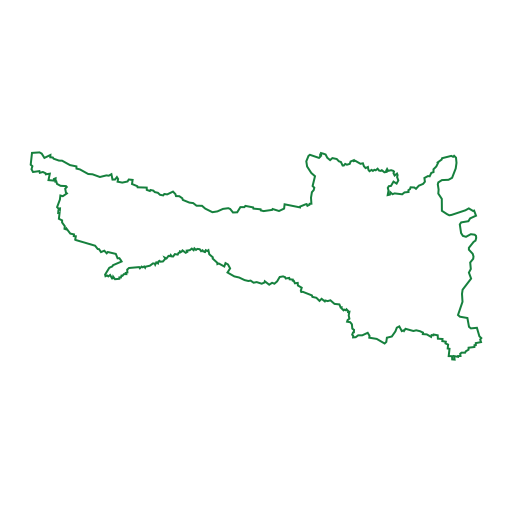 Doem Bang Nang Buat, Suphan Buri, Thailand (Natural Earth projection)
{"feature_id": "78962969B7020307767392", "entity_name": "Doem Bang Nang Buat", "entity_type": "district", "adm_level": 2, "iso_a3": "THA", "parent_name": "Thailand", "parent_adm1": "Suphan Buri", "projection": "natural_earth1", "projection_center": [99.985, 14.865], "detail": "fine", "context": "isolated", "style": "outline", "palette": "green", "viewbox_px": 512, "rotation_deg": 0, "n_neighbors": 0, "source": "geoboundaries", "source_scale": "gbopen_adm2", "svg_char_len": 6048}
<svg xmlns="http://www.w3.org/2000/svg" viewBox="0 0 512 512"><path d="M456.5,162.9L456.0,157.7L454.1,155.8L453.1,156.8L451.3,155.9L442.1,158.2L441.6,159.6L437.7,162.4L438.1,162.8L436.3,166.5L433.5,169.3L433.5,172.1L431.3,172.9L429.7,176.3L427.9,176.1L424.4,178.0L424.9,181.7L423.1,183.9L418.8,185.7L416.0,188.8L414.3,187.5L410.6,187.3L410.0,189.1L408.4,190.2L408.5,192.0L404.5,192.4L402.2,194.3L394.6,193.4L392.5,194.2L390.4,192.3L389.9,194.6L387.7,195.1L388.5,190.6L387.8,187.9L388.8,186.2L391.0,185.9L393.5,181.6L396.6,183.6L398.3,180.4L397.1,177.1L397.6,175.1L397.0,173.6L394.6,175.5L393.5,173.2L394.0,171.6L393.3,170.9L391.1,170.2L388.2,170.9L387.1,169.0L386.2,170.7L386.5,171.9L384.4,172.3L381.8,170.2L380.9,170.9L379.1,170.6L377.6,168.7L375.7,170.3L374.4,169.8L372.9,170.9L371.6,169.9L369.5,171.2L368.4,169.8L367.9,167.0L365.6,168.1L363.9,166.2L362.9,163.3L360.5,163.8L355.3,160.8L353.9,161.1L353.8,160.2L350.6,161.5L349.7,163.9L346.9,164.7L345.2,163.9L343.8,165.5L342.6,165.5L340.9,162.0L338.9,161.3L336.7,159.0L332.4,158.1L330.1,160.1L327.3,157.8L325.6,154.5L323.4,153.7L321.1,153.1L321.1,155.3L320.2,154.9L320.2,156.8L319.0,157.9L309.9,154.8L308.5,155.9L306.3,161.3L307.1,166.5L311.3,173.0L315.0,176.2L312.6,186.0L314.3,187.7L313.7,190.1L311.9,192.2L311.0,197.7L311.4,203.7L309.6,203.8L309.5,204.7L307.4,205.8L306.6,204.1L305.4,204.4L300.0,206.6L300.0,207.4L284.6,204.3L284.1,208.6L279.0,211.0L272.6,209.0L272.1,209.9L263.6,211.1L260.8,210.4L260.6,209.3L253.4,208.6L253.1,207.4L245.4,205.9L244.4,207.1L240.4,207.1L237.2,212.3L233.0,212.5L230.2,209.0L228.3,208.2L223.0,208.9L217.4,211.4L212.4,212.2L205.2,208.6L202.0,205.8L196.5,205.7L193.2,203.1L189.4,202.6L182.8,199.9L182.3,198.3L179.3,196.2L176.0,196.1L175.4,194.1L173.0,191.6L167.2,194.4L164.3,194.0L163.2,195.4L160.0,194.8L157.9,192.8L154.8,192.1L153.3,190.6L150.5,190.0L149.9,191.0L146.8,189.9L146.7,187.6L137.6,187.3L137.3,186.2L132.0,184.0L132.6,179.9L128.8,179.5L127.5,181.5L122.3,182.6L117.6,181.7L118.1,179.0L116.9,177.1L115.1,179.5L112.5,179.6L111.4,174.2L108.8,175.7L106.4,175.4L99.9,177.0L92.5,174.3L88.2,174.0L79.9,169.4L76.5,168.6L76.4,166.4L70.0,165.1L62.1,160.7L59.0,160.6L53.6,158.7L52.8,157.5L50.3,157.3L50.4,155.0L44.4,157.9L41.7,153.6L39.5,152.4L32.0,152.9L30.7,164.7L32.4,166.2L31.5,169.2L33.0,172.0L39.4,171.1L39.8,172.8L42.9,172.0L45.6,173.3L45.8,174.3L49.8,173.7L48.5,180.1L53.9,180.6L53.9,179.0L55.6,178.3L55.5,181.6L56.3,181.4L57.0,183.9L60.5,185.8L66.0,186.1L66.8,187.0L65.2,188.7L65.9,192.4L66.9,193.4L62.8,196.2L60.4,195.5L59.9,199.6L57.1,207.1L58.4,208.6L60.0,208.4L59.9,209.8L58.9,209.1L58.4,210.5L58.2,212.9L59.6,212.6L58.9,218.8L62.1,220.4L62.1,222.5L64.8,226.2L64.5,228.8L66.2,229.4L66.5,228.6L70.3,233.6L74.0,234.4L73.8,236.1L75.8,236.3L75.2,239.7L75.7,240.0L95.1,245.7L97.7,249.0L99.1,249.2L101.0,252.1L104.3,250.7L106.7,253.3L107.8,252.0L115.8,253.9L117.6,258.3L119.4,258.2L120.9,260.3L121.6,261.5L113.0,265.2L112.3,266.4L109.3,267.8L105.1,274.6L105.5,276.2L107.1,275.5L108.3,276.4L110.1,275.0L112.1,278.5L112.9,278.3L113.2,276.7L115.0,279.2L119.3,278.8L119.4,277.4L120.9,277.5L121.5,275.6L122.5,275.8L123.9,274.1L126.2,274.1L125.8,272.9L127.4,272.5L127.2,269.6L129.0,268.0L139.1,267.1L139.9,268.3L141.6,266.6L142.7,267.3L144.2,266.5L145.1,267.7L145.5,266.7L149.9,265.7L153.0,263.4L154.7,263.6L155.2,264.7L156.3,262.4L158.0,263.4L158.3,261.7L159.3,261.3L159.0,260.2L160.2,261.7L162.9,261.5L165.3,258.8L164.7,257.6L166.5,258.5L168.5,255.9L170.0,256.2L170.7,255.0L171.7,256.4L173.1,256.5L174.9,254.1L177.7,254.6L178.6,252.8L180.0,252.5L180.0,251.4L181.5,251.8L182.5,250.4L185.7,252.8L187.3,251.9L186.8,250.6L189.8,250.2L191.8,248.6L193.6,250.2L194.4,248.4L196.0,249.9L197.3,248.9L199.7,249.2L201.1,251.2L202.5,250.3L203.2,251.4L204.6,251.3L204.8,252.8L205.8,250.2L207.3,251.0L208.4,250.2L209.3,254.3L212.8,257.3L212.7,258.6L217.2,262.7L217.4,264.1L218.8,263.5L224.3,266.5L225.5,263.1L228.0,264.5L230.1,268.4L227.5,272.5L234.3,276.4L239.1,277.5L244.6,280.1L248.4,281.0L250.6,280.6L253.6,282.7L256.7,282.1L261.7,283.7L264.5,282.5L264.8,281.3L269.2,284.7L272.1,282.8L274.4,283.7L277.1,281.4L279.7,277.0L283.1,276.4L285.1,277.2L285.7,278.5L289.2,277.9L289.6,279.3L292.8,279.6L292.8,280.7L293.8,280.8L294.9,283.3L297.7,282.9L297.9,285.5L301.7,287.7L300.8,290.8L301.3,292.0L302.8,291.8L311.9,295.4L312.4,296.9L316.4,297.8L319.5,300.9L321.6,298.8L324.8,301.4L325.3,300.5L327.7,301.1L330.4,300.3L334.5,303.9L339.4,304.4L340.6,307.4L341.6,307.3L341.5,308.3L343.5,310.3L344.2,309.6L345.9,310.3L346.5,309.3L348.2,311.0L348.1,312.0L349.4,311.8L348.7,315.4L349.4,318.7L347.6,320.1L347.1,321.7L350.2,322.2L351.9,324.3L352.3,328.6L354.0,329.9L353.9,332.3L353.0,332.5L352.2,334.7L353.2,335.9L353.1,337.4L355.7,337.2L358.2,335.3L362.3,335.3L367.7,332.8L369.5,335.8L369.3,337.7L376.7,338.9L384.6,343.5L386.3,341.9L386.9,337.7L391.8,336.5L395.4,331.4L396.8,327.7L399.3,326.4L401.8,331.1L403.5,330.4L404.0,331.0L405.5,328.8L413.4,331.0L416.2,330.3L420.0,331.2L423.0,332.6L422.8,334.1L426.8,334.4L431.1,336.9L431.6,335.1L433.4,335.3L433.6,334.5L437.7,335.3L437.9,338.7L442.5,339.0L442.3,341.1L445.8,341.7L445.5,343.4L448.1,344.6L447.7,348.5L449.5,348.8L448.7,356.1L452.1,356.2L452.2,359.4L454.6,359.6L454.1,356.1L458.0,356.8L458.0,356.1L460.5,356.0L460.2,353.8L461.5,352.7L465.1,352.7L465.8,351.3L468.5,349.7L468.6,347.7L474.4,347.0L474.5,345.2L475.8,345.1L475.8,343.1L481.0,342.1L480.2,339.5L481.3,338.1L479.4,336.3L476.9,327.8L470.9,328.4L469.0,326.8L467.4,318.0L459.9,316.7L458.0,315.0L462.5,301.8L462.0,293.9L462.6,289.7L471.1,278.6L468.9,272.6L470.8,269.0L470.2,262.5L473.2,258.8L473.5,256.5L472.7,253.8L468.9,249.7L468.9,247.8L473.6,241.9L475.5,240.6L476.2,237.9L476.0,235.9L474.7,234.7L470.8,234.2L466.0,236.8L462.9,235.9L461.1,233.1L459.8,224.4L461.2,222.4L468.4,221.2L470.1,218.4L476.0,215.7L474.1,210.6L473.1,211.0L468.8,208.4L465.4,210.3L451.6,214.9L449.3,215.3L447.1,214.2L441.9,210.8L441.8,198.9L438.3,193.6L438.6,189.6L437.8,184.3L438.3,182.4L441.9,180.1L448.5,179.8L452.1,177.8L455.7,168.5L456.5,162.9Z" fill="none" stroke="#15803d" stroke-width="2"/></svg>